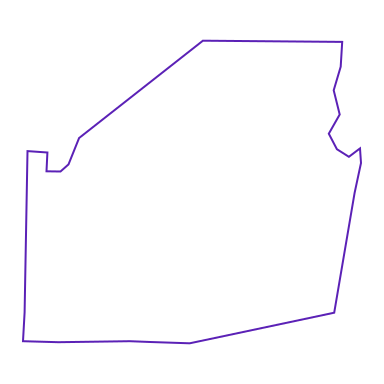 the district of Highland, Ohio, United States of America
{"feature_id": "52423323B51867153498623", "entity_name": "Highland", "entity_type": "district", "adm_level": 2, "iso_a3": "USA", "parent_name": "United States of America", "parent_adm1": "Ohio", "projection": "equal_earth", "projection_center": [-83.601, 39.199], "detail": "fine", "context": "isolated", "style": "outline", "palette": "violet", "viewbox_px": 384, "rotation_deg": 0, "n_neighbors": 0, "source": "geoboundaries", "source_scale": "gbopen_adm2", "svg_char_len": 413}
<svg xmlns="http://www.w3.org/2000/svg" viewBox="0 0 384 384"><path d="M27.5,151.1L24.6,312.4L23.0,341.2L58.4,342.2L129.8,341.2L150.4,342.0L189.7,343.3L334.2,312.7L354.6,192.9L361.0,163.0L360.0,148.4L348.9,156.8L336.9,149.2L328.8,133.7L339.7,114.5L333.7,90.3L340.7,66.7L342.2,41.9L202.9,40.7L79.1,138.0L68.5,164.4L60.5,171.5L46.5,171.3L47.4,152.5L27.5,151.1Z" fill="none" stroke="#5b21b6" stroke-width="2"/></svg>